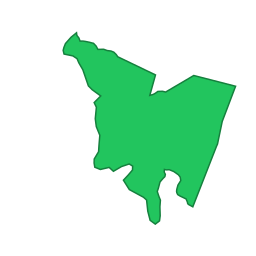 Dire, Timbuktu, Mali (Natural Earth projection), rotated 292°
{"feature_id": "8926073B18441291459751", "entity_name": "Dire", "entity_type": "district", "adm_level": 2, "iso_a3": "MLI", "parent_name": "Mali", "parent_adm1": "Timbuktu", "projection": "natural_earth1", "projection_center": [-3.375, 16.321], "detail": "fine", "context": "isolated", "style": "filled", "palette": "green", "viewbox_px": 256, "rotation_deg": 292, "n_neighbors": 0, "source": "geoboundaries", "source_scale": "gbopen_adm2", "svg_char_len": 1396}
<svg xmlns="http://www.w3.org/2000/svg" viewBox="0 0 256 256"><g transform="rotate(292 128 128)"><path d="M144.1,216.9L146.6,217.0L169.4,212.9L207.0,212.1L201.3,169.3L175.4,149.4L175.0,146.3L173.1,142.0L170.4,140.3L168.6,138.8L166.4,136.0L187.5,133.6L190.2,91.8L191.7,89.6L193.0,86.4L193.0,83.4L192.0,79.6L191.9,76.0L189.6,70.6L192.0,67.8L193.6,64.3L193.3,62.3L193.1,60.4L192.3,56.0L191.7,53.6L190.6,51.0L193.1,48.7L194.7,45.9L197.0,44.6L196.1,44.1L195.9,44.0L190.8,41.2L182.9,38.4L178.7,38.4L175.7,38.8L172.6,41.0L174.2,49.9L173.2,54.8L170.0,58.0L165.1,64.3L152.2,75.5L150.1,80.4L147.5,90.7L138.9,87.1L135.4,90.9L124.3,94.2L117.4,98.1L110.7,104.6L102.0,107.3L95.0,109.6L86.6,108.3L82.8,109.7L79.2,111.9L79.2,117.9L84.4,125.3L82.4,130.7L89.8,136.4L95.1,142.6L94.4,146.6L90.7,147.9L84.4,145.8L77.9,143.3L71.4,152.3L69.6,168.3L68.2,172.2L58.3,177.5L50.7,183.1L49.1,189.3L53.7,192.0L58.7,190.7L66.9,187.1L73.2,185.1L76.0,182.4L80.1,178.9L83.5,178.7L89.9,177.9L92.1,178.6L93.2,179.0L94.7,179.5L95.1,179.7L96.7,180.4L99.0,180.0L100.5,178.3L100.9,178.0L103.2,177.3L103.2,177.5L103.6,179.4L103.9,180.0L104.8,181.8L104.8,183.9L104.8,186.7L103.5,192.3L102.0,194.8L99.1,196.6L98.3,196.5L93.8,195.7L89.5,196.2L87.6,196.7L86.3,197.5L84.9,199.0L84.4,201.8L84.2,205.5L84.1,206.5L84.0,208.4L81.6,210.8L80.5,211.5L79.8,212.5L79.2,217.6L144.1,216.9Z" fill="#22c55e" stroke="#15803d" stroke-width="1.5"/></g></svg>